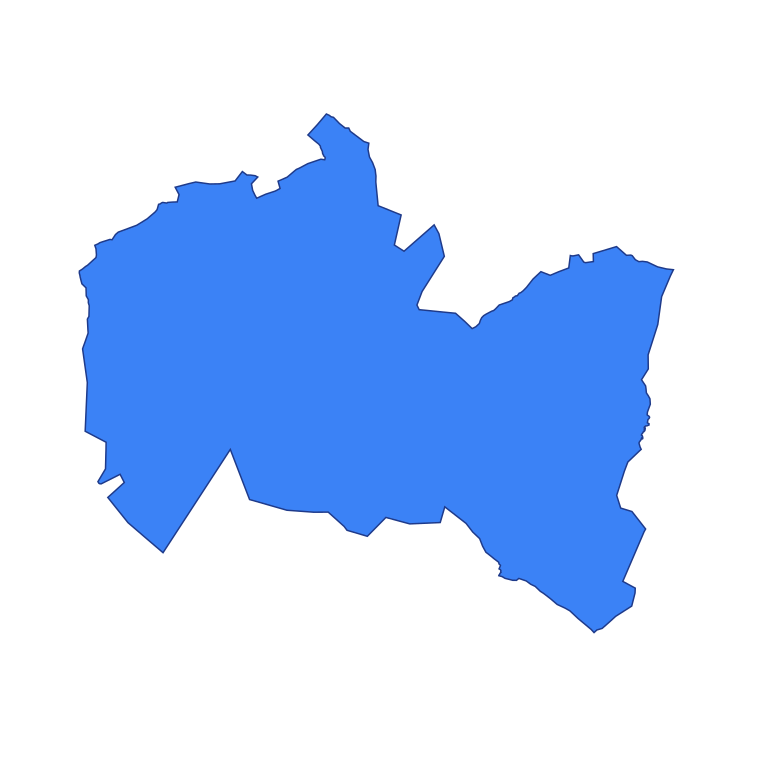 outline of Fika, Yobe, Nigeria, rotated 352°
{"feature_id": "59680162B28106531466158", "entity_name": "Fika", "entity_type": "district", "adm_level": 2, "iso_a3": "NGA", "parent_name": "Nigeria", "parent_adm1": "Yobe", "projection": "albers", "projection_center": [11.32, 11.337], "detail": "fine", "context": "isolated", "style": "filled", "palette": "blue", "viewbox_px": 768, "rotation_deg": 352, "n_neighbors": 0, "source": "geoboundaries", "source_scale": "gbopen_adm2", "svg_char_len": 4239}
<svg xmlns="http://www.w3.org/2000/svg" viewBox="0 0 768 768"><g transform="rotate(352 384 384)"><path d="M364.5,108.6L354.2,117.8L343.3,126.8L348.9,133.2L352.8,137.4L354.1,139.6L354.0,140.9L355.3,145.0L355.3,147.5L355.9,148.6L355.9,149.6L356.9,150.7L357.3,151.9L356.5,153.7L352.8,152.6L344.9,154.1L339.2,155.2L334.2,157.0L332.1,157.8L329.4,158.7L327.1,159.3L324.8,160.7L316.9,165.7L307.3,168.4L308.3,175.9L303.2,177.8L293.2,179.6L283.8,182.3L282.5,179.1L280.9,174.0L280.6,167.3L287.8,161.5L285.4,159.8L280.8,158.5L277.4,158.0L276.2,156.8L273.3,153.9L264.8,162.2L249.1,162.9L239.4,161.7L225.7,157.8L218.9,158.4L204.6,160.1L207.4,167.9L204.6,174.9L199.7,174.4L196.7,174.2L195.0,174.1L194.3,174.5L193.7,174.5L190.2,173.4L189.3,173.6L188.7,173.8L187.4,174.5L185.8,174.7L183.6,179.7L181.3,181.8L172.4,187.5L161.2,192.4L142.0,196.6L138.9,198.6L134.8,203.3L132.7,202.7L124.9,204.0L122.3,204.5L120.4,205.4L116.9,206.4L117.6,210.0L117.2,216.2L116.4,218.7L112.7,221.2L110.4,222.8L106.9,225.2L104.8,226.1L101.4,228.2L98.1,229.7L97.7,231.6L98.0,234.5L98.0,235.7L98.4,239.7L98.8,242.8L102.3,247.3L101.4,255.3L103.0,259.4L102.5,262.4L103.0,265.4L102.2,270.1L102.0,271.3L101.2,276.1L100.4,277.0L99.3,278.5L98.7,285.2L98.3,289.7L98.1,292.4L94.5,299.4L93.1,302.1L91.6,304.9L90.4,307.3L90.4,334.9L90.4,341.3L81.5,389.2L100.7,403.0L99.6,410.1L96.4,429.3L87.1,440.9L87.9,442.7L88.8,443.3L90.1,443.5L110.1,436.7L113.1,445.4L94.7,457.9L111.2,485.7L128.7,505.6L141.7,520.3L222.7,427.4L234.8,479.7L270.3,495.5L296.7,501.2L310.9,503.1L324.7,519.5L327.0,523.7L346.3,532.5L367.3,516.4L390.0,526.1L419.0,528.9L420.4,529.0L427.1,514.1L445.9,533.5L451.3,543.0L457.2,550.4L459.1,558.4L461.5,564.8L465.7,569.1L468.8,572.5L472.7,576.4L472.9,578.3L473.7,579.2L474.1,579.7L473.9,580.3L472.2,583.1L473.5,584.1L473.6,584.7L473.8,585.2L473.5,586.0L473.6,586.9L473.2,587.1L472.5,587.7L472.1,588.5L471.2,589.3L471.0,589.8L474.2,591.2L476.8,593.3L481.0,595.0L484.1,596.3L487.5,596.8L487.8,596.9L490.5,595.3L495.4,597.8L497.4,598.8L501.4,602.7L505.6,605.5L509.9,611.0L512.9,613.6L518.6,619.4L524.8,626.4L531.9,631.0L536.4,634.4L539.5,638.2L543.5,643.2L555.0,655.9L557.4,659.4L560.6,657.2L566.0,656.4L574.2,651.0L581.1,646.3L598.4,638.4L603.5,625.9L604.4,621.1L593.0,612.7L621.0,566.5L622.9,564.0L611.8,544.8L601.1,539.8L598.9,526.7L609.9,503.8L614.5,495.4L614.6,495.2L628.1,485.5L628.3,485.4L629.6,484.5L628.8,481.9L628.3,478.2L628.6,477.2L630.6,475.2L631.3,474.0L631.6,473.3L631.8,473.2L632.1,473.3L632.2,474.1L632.2,474.3L632.4,474.3L632.6,474.1L632.7,473.7L632.8,473.1L632.7,471.8L632.5,471.1L632.1,470.9L631.8,470.5L631.9,470.2L632.0,470.0L632.5,469.3L633.3,468.6L633.6,468.3L633.7,467.9L634.0,467.6L634.5,467.5L634.7,467.4L634.7,467.0L634.8,466.9L635.0,466.8L635.3,466.9L635.5,466.8L635.7,466.2L636.0,466.1L636.1,465.8L636.0,465.5L635.6,465.7L635.4,465.5L635.7,465.1L636.4,464.9L636.5,464.6L636.3,464.2L636.5,463.9L636.4,463.6L635.8,463.6L635.6,463.6L635.7,463.1L636.1,462.6L637.2,462.0L638.8,462.0L639.8,461.7L640.7,461.5L640.9,460.2L639.4,459.1L640.0,457.3L640.5,455.9L641.8,454.9L642.4,453.9L642.1,453.0L640.3,451.2L641.0,448.4L644.9,441.1L645.3,435.7L644.2,432.7L642.6,429.3L642.8,425.1L642.8,422.3L639.6,415.6L647.8,405.9L649.6,391.9L663.4,363.2L671.1,336.1L682.6,316.9L686.5,311.1L679.8,309.4L671.3,306.1L661.7,299.8L657.0,298.5L653.4,298.3L650.2,295.9L647.7,291.5L646.4,290.7L642.0,290.3L633.4,280.3L609.3,284.0L608.4,291.9L600.4,291.9L598.8,291.1L594.7,283.2L594.0,283.2L589.3,283.5L587.8,283.3L586.4,282.7L583.1,294.8L572.8,297.1L563.7,299.5L555.0,294.6L546.2,300.8L538.6,308.1L534.7,311.1L532.1,312.6L530.5,312.9L529.4,314.0L528.3,315.1L526.3,315.2L525.4,315.9L523.7,316.5L522.8,318.5L519.6,319.8L509.1,321.8L504.8,325.2L502.8,326.5L500.7,326.9L494.9,329.0L492.2,330.2L490.0,331.9L488.4,334.2L486.8,337.4L482.9,340.1L479.0,341.4L472.6,333.2L464.7,323.9L452.6,321.0L437.1,317.2L429.2,315.3L427.6,310.4L434.6,297.7L461.5,266.0L459.3,242.8L455.8,233.4L422.3,255.3L413.6,247.8L424.5,219.0L403.0,206.6L404.0,182.8L405.0,176.9L405.0,174.5L405.1,170.4L403.5,163.2L401.2,157.2L400.8,149.5L402.5,143.4L397.8,141.1L385.8,129.1L384.7,125.6L381.1,125.1L376.1,119.8L371.1,112.9L368.8,112.0L367.3,110.4L364.5,108.6Z" fill="#3b82f6" stroke="#1e3a8a" stroke-width="1.5"/></g></svg>